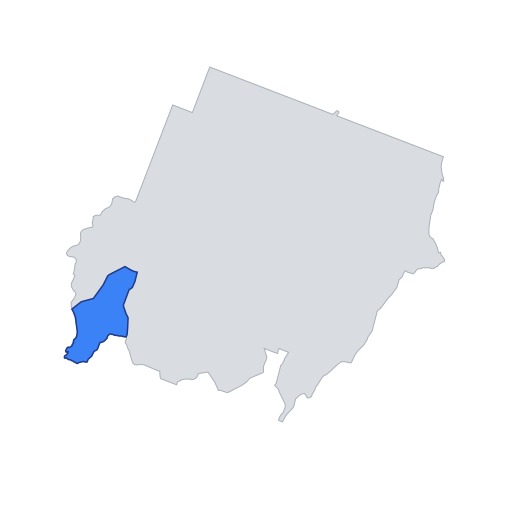 Southern Darfur on a map of Sudan (Robinson projection), rotated 21°
{"feature_id": "SDN-5856", "entity_name": "Southern Darfur", "entity_type": "State", "adm_level": 1, "iso_a3": "SDN", "parent_name": "Sudan", "parent_adm1": "", "projection": "robinson", "projection_center": [24.503, 10.891], "detail": "fine", "context": "in_parent", "style": "filled", "palette": "blue", "viewbox_px": 512, "rotation_deg": 21, "n_neighbors": 0, "source": "natural_earth", "source_scale": "10m", "svg_char_len": 5896}
<svg xmlns="http://www.w3.org/2000/svg" viewBox="0 0 512 512"><g transform="rotate(21 256 256)"><path d="M340.2,401.4L336.2,401.4L335.7,400.3L335.8,397.4L336.2,395.2L337.7,391.7L337.3,389.7L337.5,387.0L336.4,383.9L326.7,374.9L324.8,372.4L319.7,370.1L320.5,367.6L318.3,349.2L319.3,347.1L319.6,343.9L319.5,341.0L320.7,336.3L320.8,334.3L310.6,334.2L310.5,336.2L311.0,338.5L311.0,339.4L296.8,339.4L302.5,346.7L302.8,349.8L302.5,353.8L302.6,356.3L303.0,357.9L304.5,361.2L304.4,361.8L304.1,362.6L294.1,372.2L292.4,376.6L291.1,379.0L288.2,382.9L279.0,393.2L277.5,393.9L270.5,394.2L269.8,394.5L269.3,395.0L269.0,394.9L263.0,388.8L252.8,381.6L246.2,385.3L244.3,386.7L244.3,390.2L243.3,392.0L241.5,393.9L236.6,395.2L234.0,396.2L231.0,398.2L228.0,401.5L227.8,403.2L228.1,404.7L211.1,404.7L209.9,403.4L207.4,398.0L205.7,398.3L190.2,397.7L187.9,398.3L183.5,400.5L181.3,400.9L179.0,399.9L170.8,389.1L169.0,387.9L167.2,385.3L165.4,384.2L164.8,383.4L164.6,382.2L164.7,379.9L164.1,378.4L162.8,378.1L151.8,380.6L150.3,380.3L148.0,380.7L147.2,381.2L146.2,382.6L146.1,385.5L145.8,387.0L145.0,388.6L141.8,392.2L141.1,393.8L141.3,397.8L141.1,399.8L140.6,400.8L139.3,402.3L138.8,403.2L138.2,408.3L136.5,411.4L136.1,412.5L136.0,414.7L135.7,415.4L130.8,417.2L128.9,418.3L127.8,420.0L127.5,420.8L125.4,420.2L122.7,419.7L117.5,419.2L115.4,418.4L114.4,417.1L114.7,414.0L114.2,413.4L113.4,412.8L112.8,411.5L112.9,409.9L115.7,406.3L116.2,404.4L117.0,395.4L116.8,392.6L114.6,387.6L109.6,378.9L108.4,377.2L102.2,370.0L101.5,368.9L100.0,365.9L101.6,359.3L101.7,357.5L101.3,355.6L99.7,354.1L98.3,354.0L96.5,352.2L95.3,351.4L94.2,349.8L93.5,347.7L94.0,339.9L93.7,338.8L92.1,338.5L91.7,338.0L91.8,336.5L90.9,332.0L90.0,328.3L90.5,326.3L89.2,323.5L86.7,322.3L81.7,323.3L80.1,323.1L79.1,322.6L78.3,321.6L78.0,320.4L78.3,318.6L79.7,315.2L81.5,312.5L85.1,310.0L86.0,308.7L86.6,307.2L86.7,305.6L86.4,303.8L86.0,302.2L85.0,300.0L84.0,297.5L84.0,295.8L84.5,294.6L85.4,293.1L89.0,290.2L92.6,287.8L93.2,287.0L93.0,286.0L91.3,284.0L90.8,280.2L89.9,277.5L91.8,275.5L93.1,274.8L95.2,274.2L96.1,273.3L96.3,271.7L96.3,270.2L97.0,269.0L98.1,266.6L98.9,265.5L101.7,262.6L102.3,260.8L102.5,259.0L101.7,253.6L103.3,251.3L105.4,249.5L108.3,249.6L112.9,249.2L116.0,248.4L118.2,248.4L123.3,249.4L123.8,249.0L124.1,247.6L124.1,144.9L144.9,144.9L145.2,144.8L145.1,96.2L276.2,96.3L277.3,96.1L279.3,91.5L280.2,91.2L281.6,91.5L282.0,92.5L281.0,96.2L395.4,96.2L395.8,101.8L396.8,106.2L400.2,112.5L403.0,116.0L404.0,117.8L404.1,118.7L404.0,119.5L403.2,118.6L401.7,118.0L401.6,120.9L402.4,127.0L403.6,131.3L402.9,135.2L403.1,141.9L404.7,149.9L404.5,155.0L407.1,166.9L409.6,173.6L410.9,175.2L412.3,176.1L415.1,176.6L419.2,180.0L422.5,183.5L423.7,185.4L425.3,187.5L426.4,187.1L427.0,186.5L428.1,188.2L433.3,191.7L434.0,193.4L432.2,195.0L430.2,197.8L429.2,200.4L428.6,201.2L427.0,202.9L426.7,203.6L426.0,204.1L425.2,204.2L423.4,205.1L421.9,204.8L420.3,205.3L419.7,205.9L418.5,206.4L416.8,206.7L414.1,208.9L411.8,210.0L411.1,210.9L409.9,215.2L409.1,216.4L405.6,216.5L403.9,216.9L401.6,216.4L400.5,216.4L400.3,217.4L399.9,221.1L400.0,222.7L398.1,227.0L398.8,235.0L397.1,241.0L396.8,242.4L395.0,247.1L394.1,248.9L391.8,257.8L390.9,260.5L388.9,263.4L391.3,284.7L389.6,291.2L389.7,294.8L388.6,300.0L387.7,302.4L386.2,305.4L384.9,308.7L383.8,313.0L383.2,321.2L382.8,321.9L376.7,322.9L374.8,323.5L373.5,324.4L371.9,326.5L368.9,332.3L367.3,335.8L364.7,340.7L361.8,344.1L361.2,345.7L360.7,348.8L359.7,353.7L358.7,357.2L358.9,360.0L358.0,364.9L358.2,367.3L357.1,368.6L355.7,369.8L354.8,370.1L350.5,366.9L347.5,369.1L345.6,372.3L344.2,375.4L345.1,382.2L345.0,383.7L344.6,385.3L341.9,391.9L341.0,394.9L340.2,400.2L340.2,401.4Z" fill="#d9dde1" stroke="#a8b0b8" stroke-width="1"/><path d="M116.4,402.1L116.2,401.8L116.1,401.5L116.2,400.8L116.1,400.4L115.9,399.8L115.9,399.6L116.2,398.9L117.0,397.5L117.2,396.8L117.4,395.8L116.7,391.6L116.3,390.6L112.7,384.1L109.2,377.6L105.3,373.3L103.1,371.6L109.3,361.3L114.8,357.3L119.4,353.9L123.7,337.8L124.6,328.8L124.6,328.1L125.0,327.1L126.3,325.3L137.5,312.8L144.0,313.9L147.6,314.1L150.9,313.7L152.1,323.1L151.8,329.8L149.6,333.1L149.8,349.7L155.1,356.2L158.7,359.5L161.8,368.7L163.8,375.4L163.7,378.1L162.5,378.4L162.1,378.6L161.9,378.7L161.7,378.7L160.8,378.7L160.7,378.7L160.4,378.8L159.9,378.9L159.2,378.9L158.2,379.2L156.6,379.8L156.2,379.9L155.1,379.9L154.9,379.9L154.6,380.0L154.3,380.1L154.1,380.2L153.9,380.3L153.6,380.3L153.3,380.3L153.1,380.4L152.7,380.6L152.3,380.6L152.2,380.6L151.8,380.7L151.7,380.7L151.2,380.5L150.9,380.4L150.7,380.5L150.4,380.6L150.2,380.6L149.9,380.6L149.3,380.8L149.1,380.9L148.6,380.8L148.3,380.9L148.0,381.0L147.7,381.1L147.4,381.3L147.2,381.6L146.1,384.2L146.1,384.5L146.1,384.9L146.1,385.1L146.3,385.5L146.4,385.8L146.4,386.1L146.1,386.9L145.5,388.2L145.4,388.7L145.2,389.1L145.1,389.4L144.8,389.7L144.2,390.6L143.9,391.0L143.2,391.5L142.4,392.2L142.2,392.3L141.8,392.4L141.6,392.4L141.5,392.5L141.4,392.7L141.3,393.2L141.3,399.7L141.3,400.0L141.1,400.5L139.8,402.2L139.2,402.8L139.0,403.1L138.9,403.6L138.5,408.2L138.5,408.3L138.4,408.6L136.4,412.3L136.3,412.7L136.3,412.8L136.3,415.4L136.2,415.6L134.9,416.1L133.0,416.3L132.5,416.4L130.1,418.1L129.5,418.5L128.2,419.5L128.1,420.1L126.8,420.4L124.5,420.0L123.9,420.1L123.5,420.0L122.7,419.6L121.5,419.8L120.1,419.4L119.4,419.4L118.7,419.8L118.4,419.9L117.7,419.7L117.0,419.7L116.7,419.6L116.4,419.3L116.0,419.2L115.7,419.1L115.3,419.2L115.0,419.4L114.5,419.8L114.2,419.9L113.7,419.7L113.4,419.2L113.2,418.5L113.2,417.9L113.5,417.3L114.4,416.2L114.8,415.5L115.0,414.1L115.1,413.3L114.9,412.7L114.5,412.7L113.7,413.6L113.1,413.7L112.6,413.3L112.3,412.8L112.2,412.2L112.7,409.1L112.8,408.9L113.1,408.5L113.4,408.4L114.1,408.4L114.4,408.3L114.7,408.1L115.2,407.6L116.0,406.4L116.3,406.2L116.5,405.9L116.4,405.5L116.2,404.8L116.2,404.4L116.8,402.5L116.8,402.3L116.6,402.1L116.4,402.1Z" fill="#3b82f6" stroke="#1e3a8a" stroke-width="1.5"/></g></svg>